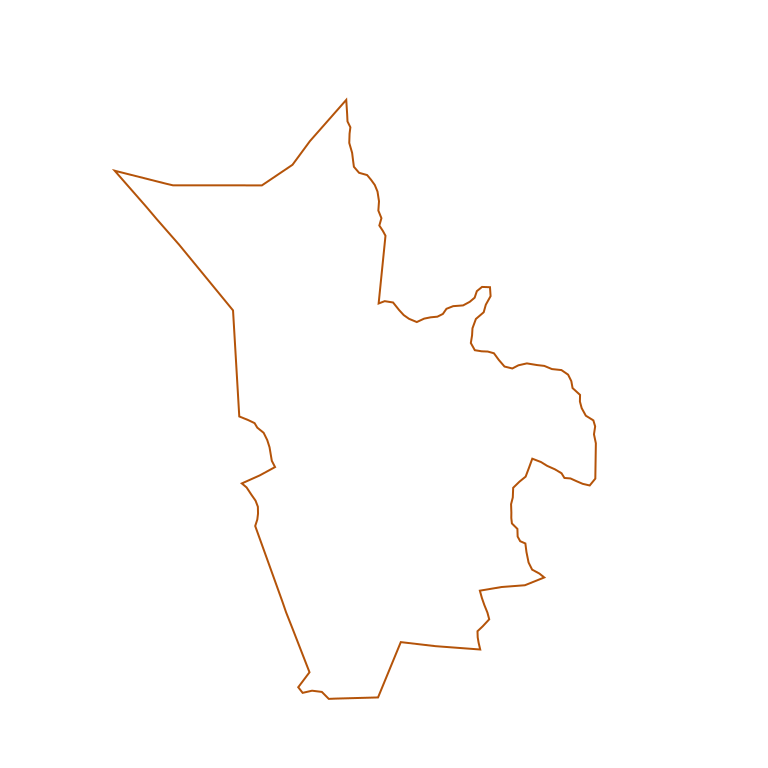 the district of Moraújo, Ceará, Brazil, rotated 70°
{"feature_id": "56859067B38471619751725", "entity_name": "Moraújo", "entity_type": "district", "adm_level": 2, "iso_a3": "BRA", "parent_name": "Brazil", "parent_adm1": "Ceará", "projection": "robinson", "projection_center": [-40.674, -3.448], "detail": "fine", "context": "isolated", "style": "outline", "palette": "amber", "viewbox_px": 768, "rotation_deg": 70, "n_neighbors": 0, "source": "geoboundaries", "source_scale": "gbopen_adm2", "svg_char_len": 2024}
<svg xmlns="http://www.w3.org/2000/svg" viewBox="0 0 768 768"><g transform="rotate(70 384 384)"><path d="M663.0,537.3L676.5,496.8L669.8,490.7L632.3,456.5L648.0,425.2L666.4,384.4L659.6,383.6L654.1,382.6L648.3,380.7L645.5,374.2L641.1,365.6L634.2,365.0L626.1,365.3L618.6,365.2L611.0,364.6L615.0,342.9L621.3,320.4L620.6,299.6L615.3,302.8L609.1,308.3L601.2,309.2L590.6,307.6L582.2,305.7L578.3,309.8L573.1,310.6L565.8,308.2L558.8,311.5L553.4,310.2L548.4,308.3L540.4,305.7L534.7,301.8L525.7,298.1L522.1,290.1L519.5,282.6L512.4,276.5L504.9,270.2L511.0,263.2L516.7,258.7L522.6,252.6L528.6,247.7L534.0,246.6L536.5,241.1L541.3,236.2L545.8,231.4L549.7,225.4L545.2,217.8L512.2,205.2L503.1,203.9L496.1,200.1L489.8,199.7L482.8,205.2L474.3,206.5L467.5,205.9L461.3,203.5L452.3,208.2L445.4,207.0L438.2,207.8L431.6,212.5L427.4,221.1L421.8,227.2L418.6,233.6L413.5,242.7L412.4,251.3L413.3,258.1L408.8,264.8L400.6,267.9L392.7,270.2L389.0,275.4L386.7,281.0L383.3,287.1L375.2,288.4L368.4,284.6L361.9,281.8L354.3,275.4L350.7,265.8L344.3,261.2L337.9,253.8L329.3,251.3L326.3,258.7L328.5,265.0L333.9,269.3L336.1,275.3L337.2,282.8L334.5,292.4L334.7,299.6L338.3,304.7L339.0,310.8L337.3,317.3L336.3,323.9L337.0,332.0L331.3,338.2L326.0,341.9L319.7,344.5L310.5,347.6L306.4,355.0L306.5,361.5L259.5,338.8L245.2,331.9L239.8,332.7L233.5,334.2L227.3,329.7L219.1,330.0L210.6,326.2L201.0,324.3L193.8,324.6L187.8,326.3L181.9,328.4L177.0,335.2L169.6,338.0L162.4,336.4L155.9,334.9L145.6,334.2L136.9,330.7L131.3,327.8L124.8,328.5L117.7,326.3L104.1,322.3L130.4,370.5L146.7,395.0L155.6,430.8L125.1,514.4L121.3,520.2L91.5,564.1L136.4,546.7L151.6,541.1L183.0,528.9L263.2,500.7L365.0,531.1L371.4,524.0L376.5,519.0L381.7,518.0L388.7,513.8L396.7,512.9L404.3,513.2L417.8,515.7L424.8,514.8L427.4,532.1L428.8,551.6L434.2,548.5L442.6,546.5L449.7,544.6L456.2,544.5L462.7,546.7L468.0,549.4L473.4,553.6L553.4,553.9L565.0,554.1L583.4,553.6L629.4,552.6L639.6,568.3L646.4,566.1L647.6,556.5L652.1,547.7L661.0,543.6L663.0,537.3Z" fill="none" stroke="#b45309" stroke-width="2"/></g></svg>